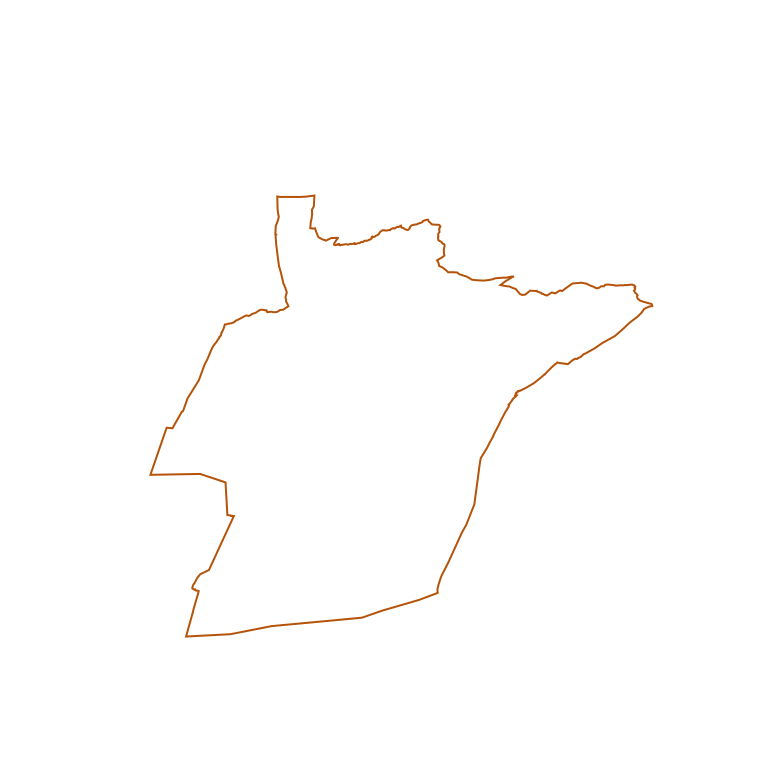 outline of "Vestre Slidre" nor, Oppland, Norway, rotated 338°
{"feature_id": "86288312B11903368745588", "entity_name": "\"Vestre Slidre\" nor", "entity_type": "district", "adm_level": 2, "iso_a3": "NOR", "parent_name": "Norway", "parent_adm1": "Oppland", "projection": "natural_earth1", "projection_center": [8.94, 61.053], "detail": "fine", "context": "isolated", "style": "outline", "palette": "amber", "viewbox_px": 768, "rotation_deg": 338, "n_neighbors": 0, "source": "geoboundaries", "source_scale": "gbopen_adm2", "svg_char_len": 6106}
<svg xmlns="http://www.w3.org/2000/svg" viewBox="0 0 768 768"><g transform="rotate(338 384 384)"><path d="M355.5,597.8L356.7,594.2L359.6,590.2L361.4,588.1L364.2,584.7L366.3,582.6L376.6,573.7L400.4,551.1L407.5,545.4L422.7,529.4L443.0,493.7L445.9,489.0L455.9,481.6L459.9,478.0L465.6,473.5L465.5,473.3L467.9,471.1L475.8,464.4L477.5,462.7L485.9,455.5L490.8,452.0L490.8,451.8L492.5,450.0L492.1,449.7L494.9,448.3L496.9,447.0L496.8,446.9L498.3,445.9L499.1,445.6L500.8,445.2L502.8,444.3L501.4,443.6L503.1,442.1L502.9,441.9L503.4,441.5L503.9,441.5L504.1,441.8L504.5,441.7L504.4,441.5L505.6,440.7L507.2,441.3L507.8,441.0L508.0,441.2L513.2,440.8L518.1,440.2L523.5,439.3L532.0,436.8L536.8,435.1L536.9,435.3L538.8,434.3L545.0,431.6L549.4,430.0L551.9,429.4L552.7,428.9L553.6,429.7L562.0,434.5L567.3,432.7L569.9,432.3L570.4,432.1L572.3,433.1L572.7,432.9L574.3,432.6L576.4,432.6L580.4,431.1L582.8,431.2L583.4,431.0L592.4,429.9L601.8,427.8L616.1,426.0L627.0,422.2L634.9,419.1L644.2,416.6L648.6,414.8L651.5,413.1L653.1,411.9L656.1,411.6L658.9,411.6L660.0,411.7L661.2,412.2L661.8,412.3L662.0,412.2L662.1,410.2L661.6,409.6L660.8,409.0L660.2,408.7L654.8,404.5L652.4,402.3L652.1,401.2L651.4,400.5L651.1,399.4L651.6,397.2L652.4,396.6L652.3,396.3L651.6,394.4L651.1,393.6L650.7,391.1L651.5,390.8L652.5,389.8L652.8,389.3L652.5,388.9L652.4,388.5L653.5,387.7L652.8,386.1L651.4,384.9L649.3,384.1L645.8,383.2L644.9,382.6L642.6,382.1L639.8,380.9L635.9,379.7L634.5,378.7L629.8,376.1L627.9,375.3L626.2,375.0L625.3,375.3L624.6,375.8L623.6,375.5L622.6,374.9L621.6,374.8L620.0,375.3L617.8,375.3L616.0,374.0L614.9,372.5L612.2,370.1L609.5,367.0L605.1,364.1L596.4,361.4L587.6,363.5L584.0,364.6L582.3,363.2L580.9,363.4L576.6,364.1L573.9,362.0L568.2,363.0L568.1,362.8L566.6,361.7L565.0,359.9L564.1,359.4L563.9,358.5L560.6,355.6L560.5,354.8L559.4,354.6L554.5,352.2L548.5,354.0L545.7,353.3L543.8,351.6L541.7,345.1L540.1,343.9L537.9,341.7L537.5,341.2L536.8,340.5L535.8,340.1L532.7,338.3L529.1,335.9L534.7,334.3L542.7,333.0L544.8,333.0L542.5,332.2L536.4,331.0L535.1,330.3L526.9,327.7L523.3,327.5L519.9,326.8L517.4,326.1L516.2,325.8L513.9,324.9L509.0,322.6L504.7,320.3L501.1,315.6L495.3,310.7L494.7,310.0L493.6,308.0L489.6,306.1L485.3,304.4L484.5,302.4L483.3,300.2L481.7,297.6L479.2,295.0L479.7,293.6L479.9,291.1L479.5,289.2L486.0,288.2L488.1,287.5L488.8,284.2L489.4,283.1L489.9,281.6L491.9,278.8L492.2,277.3L492.1,276.8L491.6,276.4L491.0,276.0L490.8,275.7L490.7,275.5L490.8,275.0L490.6,274.2L490.3,273.8L490.2,273.4L489.9,273.0L488.9,272.1L488.8,271.7L488.5,271.4L488.3,270.8L488.4,270.3L488.7,269.7L488.8,268.5L489.8,267.5L489.9,266.0L491.0,264.7L492.5,263.8L492.5,263.3L492.9,262.1L493.1,261.1L493.4,260.9L493.7,260.2L494.5,259.9L495.1,259.3L494.9,259.1L495.2,258.8L495.0,257.7L494.7,257.1L489.6,254.7L488.3,254.0L488.0,253.4L486.3,249.8L486.4,248.3L485.9,247.9L484.2,247.6L481.2,247.5L480.7,248.0L480.1,248.3L478.6,248.4L477.2,248.1L476.2,248.2L475.2,248.1L474.5,248.3L473.8,248.2L472.7,247.8L471.9,247.8L471.3,247.5L468.9,247.3L468.1,247.6L466.5,248.5L466.3,249.0L465.8,249.4L465.0,249.8L464.4,250.1L463.6,250.1L463.0,249.7L461.5,248.4L460.8,247.2L459.6,245.9L458.8,245.5L458.7,245.0L459.1,243.6L458.6,243.5L456.4,243.9L456.0,243.8L455.5,243.3L455.2,243.3L453.5,243.4L452.9,243.8L452.4,243.7L452.1,243.8L451.8,243.8L450.7,242.9L448.4,243.0L447.4,243.6L447.1,243.6L446.6,243.2L446.0,243.0L444.0,242.8L443.2,242.3L442.4,242.1L441.9,241.5L441.3,241.4L440.6,240.9L440.3,240.9L437.7,241.4L435.8,242.6L435.4,243.1L433.6,243.5L431.9,243.5L430.9,243.9L429.6,243.9L428.9,243.5L428.6,243.0L428.0,242.9L427.5,243.2L427.1,244.5L426.6,244.7L425.8,244.7L425.0,244.9L423.7,244.6L423.0,244.9L421.9,244.9L420.3,244.0L418.5,244.0L418.1,244.4L417.6,244.5L417.0,244.4L416.1,243.8L415.1,243.9L414.5,244.2L414.0,244.2L413.4,243.9L412.2,243.7L409.7,243.6L409.2,243.2L409.4,243.0L409.7,242.7L409.6,242.4L407.7,242.4L406.2,242.0L405.6,241.5L403.6,241.4L402.7,241.2L402.4,241.1L402.2,240.7L400.5,239.9L398.8,239.7L398.3,239.4L397.6,239.4L395.8,238.8L395.4,239.0L394.9,238.4L394.5,238.2L395.1,237.9L394.9,237.5L394.7,237.3L392.8,237.0L391.5,237.2L391.0,237.1L389.9,236.2L390.3,235.2L394.0,232.5L395.6,231.7L395.9,231.3L394.7,230.7L393.1,230.2L390.2,229.0L389.7,228.9L383.8,229.3L383.3,228.6L381.1,226.9L378.2,223.3L378.1,218.3L378.3,213.7L377.7,213.7L376.9,213.5L376.8,213.4L376.0,213.1L375.8,212.9L375.5,212.9L375.3,212.6L374.0,211.9L376.9,206.2L378.8,203.6L381.1,199.3L382.5,195.4L384.8,193.7L385.7,192.6L390.1,183.2L381.7,181.0L376.7,179.3L358.1,171.8L355.3,170.2L350.8,182.1L349.5,187.1L349.3,188.9L348.8,190.0L347.3,192.1L342.7,197.2L339.5,204.2L339.8,204.3L340.0,205.2L339.2,205.3L336.6,213.3L333.2,225.9L330.9,235.1L330.0,243.0L328.3,253.5L328.7,254.8L328.5,255.1L328.4,256.1L328.6,257.9L328.3,259.2L328.4,260.9L328.3,261.9L328.0,262.8L328.0,263.1L327.3,263.7L325.9,265.6L325.1,266.9L324.7,269.5L324.2,270.5L324.1,271.2L324.4,272.8L324.5,274.9L324.4,276.2L323.7,276.2L319.0,277.2L318.4,277.3L315.3,276.5L313.0,277.0L311.6,277.0L310.2,276.7L308.3,276.0L306.8,274.9L305.9,274.5L303.1,273.8L302.6,273.5L302.4,272.6L302.8,271.9L302.6,271.6L300.2,270.4L299.4,269.7L298.8,269.4L297.1,269.0L295.0,269.1L292.2,269.8L291.2,269.9L287.7,269.6L287.0,270.0L286.2,270.2L283.9,270.2L282.5,269.1L281.5,268.9L280.1,268.9L273.1,269.7L270.7,269.7L269.4,270.0L268.2,270.6L267.7,270.5L265.2,270.5L261.3,269.6L259.6,269.6L258.7,269.2L256.7,271.8L254.5,274.1L252.7,275.4L252.8,275.6L251.6,276.9L250.9,278.0L249.1,278.7L249.2,278.9L244.3,282.3L241.1,284.1L239.0,285.5L235.9,288.4L229.4,295.0L225.0,298.7L213.7,311.2L196.4,323.8L188.2,333.1L187.2,334.0L186.1,334.0L171.3,345.8L166.1,343.1L133.4,380.7L179.8,398.5L200.2,415.9L189.7,446.8L193.9,449.3L193.6,449.5L195.3,450.2L152.0,490.9L142.6,491.5L142.0,491.7L138.3,493.8L133.5,497.8L132.4,498.3L131.4,499.3L130.1,500.8L129.8,501.5L129.8,501.9L130.2,502.3L130.4,502.8L131.0,503.6L131.4,503.6L131.3,503.8L132.0,504.3L132.3,505.1L133.7,505.7L134.0,506.2L134.6,506.6L133.8,507.8L122.8,521.8L121.5,523.7L105.9,544.0L147.7,558.4L189.2,566.4L276.0,592.4L298.1,593.5L335.5,597.3L355.5,597.8Z" fill="none" stroke="#b45309" stroke-width="2"/></g></svg>